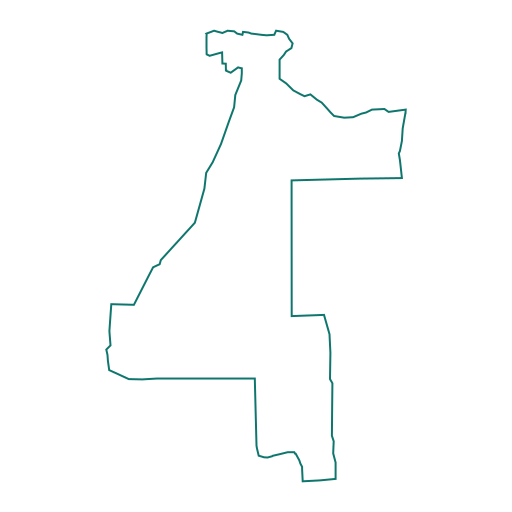 outline of Gorogly, Tashauz, Turkmenistan
{"feature_id": "10190150B22032040795574", "entity_name": "Gorogly", "entity_type": "district", "adm_level": 2, "iso_a3": "TKM", "parent_name": "Turkmenistan", "parent_adm1": "Tashauz", "projection": "equal_earth", "projection_center": [59.965, 40.525], "detail": "fine", "context": "isolated", "style": "outline", "palette": "teal", "viewbox_px": 512, "rotation_deg": 0, "n_neighbors": 0, "source": "geoboundaries", "source_scale": "gbopen_adm2", "svg_char_len": 2178}
<svg xmlns="http://www.w3.org/2000/svg" viewBox="0 0 512 512"><path d="M284.4,32.7L283.2,31.9L276.1,30.7L274.4,34.5L274.3,34.8L266.6,35.3L262.2,34.9L261.3,34.8L256.6,34.2L253.4,33.8L251.3,33.6L249.8,33.0L248.3,32.5L245.0,32.1L244.0,32.0L243.0,31.9L242.5,34.5L242.4,34.8L241.1,34.5L237.1,33.6L234.2,31.3L233.8,31.3L228.1,30.8L227.7,30.7L223.5,32.5L222.4,33.0L218.8,32.0L218.2,31.9L214.7,30.9L214.1,30.7L211.0,31.9L207.5,33.2L206.6,33.5L206.4,33.6L206.5,33.7L206.6,34.0L206.6,35.0L206.5,37.4L206.5,42.3L206.5,47.7L206.6,52.0L206.6,53.8L206.7,54.4L207.6,54.8L209.7,55.8L209.9,55.7L213.2,54.8L217.1,53.7L221.3,52.6L222.1,52.4L222.4,63.3L222.4,63.5L225.8,63.7L225.9,70.1L226.2,70.2L226.1,70.7L226.2,70.8L226.7,71.0L230.7,72.7L231.7,72.0L236.7,68.4L238.1,67.4L239.5,67.8L241.8,68.3L241.8,68.5L241.8,73.5L241.2,80.5L235.3,95.0L234.1,107.3L228.8,121.8L221.0,144.0L212.7,162.2L206.2,172.8L204.4,188.6L195.5,220.5L194.8,222.8L186.5,231.9L160.8,260.1L159.7,264.1L159.6,264.3L157.1,265.4L153.1,267.3L148.9,275.4L133.9,304.8L112.2,304.2L111.3,304.2L110.5,315.3L109.4,331.1L109.7,335.1L110.5,345.4L109.2,346.7L107.9,348.0L106.3,349.6L107.5,355.0L107.9,360.8L109.2,370.1L128.8,379.1L142.3,379.4L157.5,378.5L254.8,378.5L256.5,445.6L256.9,448.1L258.7,455.7L264.1,457.3L267.6,457.5L272.3,456.2L272.7,455.8L280.5,454.0L287.7,452.2L294.3,452.2L295.0,453.6L295.7,453.7L299.3,460.3L300.4,463.6L302.1,466.8L302.1,468.9L302.7,481.3L319.8,480.4L335.6,478.9L335.6,462.5L335.3,461.4L333.2,453.4L333.4,448.3L333.7,441.3L333.0,439.1L331.9,435.8L332.2,402.4L332.4,383.3L331.7,382.0L330.0,379.1L330.4,352.8L329.5,334.2L324.0,314.9L291.7,316.1L291.7,315.9L291.6,202.8L291.6,180.4L360.4,178.6L400.2,178.1L401.9,178.0L400.4,164.3L399.9,160.0L398.8,153.4L399.9,151.1L401.9,141.0L402.7,128.4L405.4,113.1L405.5,113.1L405.7,109.6L396.8,110.8L388.6,111.9L384.4,109.0L372.0,109.6L366.1,112.5L361.3,113.7L353.1,117.2L344.2,117.7L334.1,116.0L330.6,112.5L327.0,108.4L321.7,102.6L316.9,99.7L310.4,94.4L304.5,96.2L299.8,93.9L293.3,90.4L286.2,83.4L279.6,78.8L279.6,71.2L279.6,65.4L279.6,59.6L283.8,55.0L286.1,51.5L291.4,48.1L292.6,43.4L289.1,38.8L287.3,34.8L284.4,32.7Z" fill="none" stroke="#0f766e" stroke-width="2"/></svg>